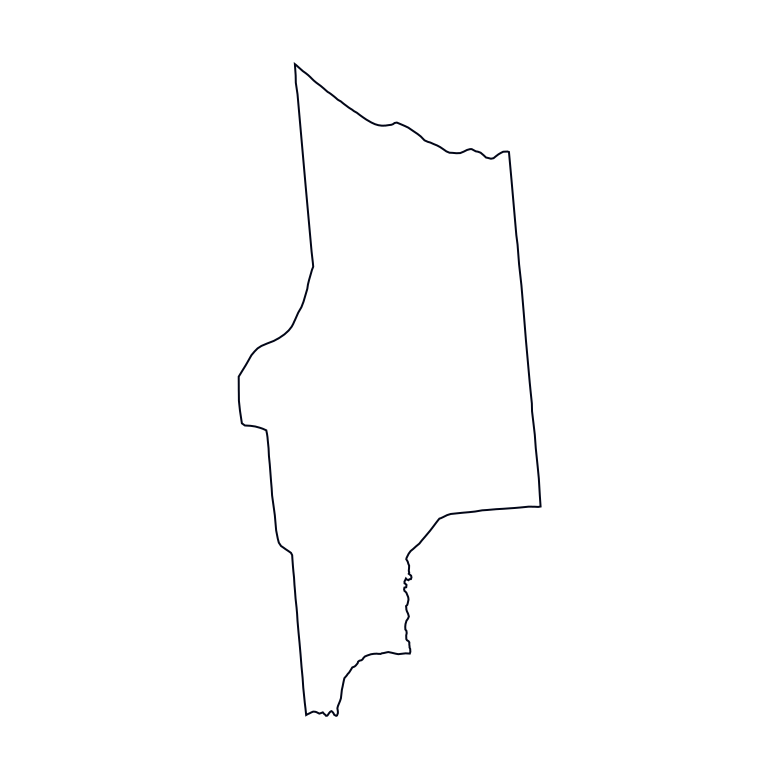 outline of Prasat Bakong, Siemréab, Cambodia, rotated 175°
{"feature_id": "14789045B83000183450022", "entity_name": "Prasat Bakong", "entity_type": "district", "adm_level": 2, "iso_a3": "KHM", "parent_name": "Cambodia", "parent_adm1": "Siemréab", "projection": "equal_earth", "projection_center": [104.001, 13.307], "detail": "fine", "context": "isolated", "style": "outline", "palette": "ink", "viewbox_px": 768, "rotation_deg": 175, "n_neighbors": 0, "source": "geoboundaries", "source_scale": "gbopen_adm2", "svg_char_len": 4310}
<svg xmlns="http://www.w3.org/2000/svg" viewBox="0 0 768 768"><g transform="rotate(175 384 384)"><path d="M381.8,113.2L381.1,114.9L381.0,117.8L381.5,119.2L381.4,120.6L381.5,122.1L381.3,124.4L382.0,125.7L383.4,126.7L384.0,127.9L383.8,131.6L383.1,133.9L383.2,136.2L384.1,137.5L384.0,140.3L383.5,143.0L382.2,146.3L381.0,147.6L380.1,149.0L379.5,150.3L380.1,153.2L381.0,155.6L381.4,157.6L381.3,158.8L381.4,160.8L380.1,161.9L379.6,163.1L378.8,165.7L378.4,166.9L378.4,168.8L378.6,170.0L379.1,171.5L379.9,174.1L380.8,175.3L381.6,176.0L381.9,177.7L381.4,179.4L379.6,179.6L379.1,181.9L380.1,183.1L380.9,183.6L380.8,185.5L380.1,186.5L379.1,188.3L378.4,187.3L376.7,186.4L375.7,187.3L374.2,187.3L373.5,188.9L373.7,190.7L375.0,192.0L375.9,192.8L375.3,194.1L375.6,195.6L375.1,198.4L374.8,200.9L375.4,202.7L375.9,205.1L377.1,207.5L376.7,208.7L375.5,210.7L374.2,212.8L372.0,215.3L369.2,217.2L366.2,219.5L362.7,221.9L360.0,224.8L356.6,228.1L353.6,231.1L350.9,233.8L346.7,238.4L344.2,241.2L341.6,244.0L340.5,245.1L339.3,245.3L337.1,246.1L332.5,247.9L328.8,248.7L322.9,248.8L317.0,248.9L310.5,248.9L304.4,249.0L297.2,249.6L292.2,249.5L282.9,249.5L276.4,249.3L269.8,249.2L264.6,249.1L257.8,249.1L250.6,249.2L244.6,248.6L241.1,248.1L238.7,248.3L238.5,258.8L238.1,272.5L238.0,276.3L238.1,287.6L238.4,306.9L238.2,320.3L238.5,330.9L238.9,344.0L238.4,351.7L238.6,363.7L238.7,373.1L238.8,414.8L238.6,442.1L238.5,470.2L239.0,491.4L238.8,511.3L239.2,520.7L239.2,575.2L239.3,604.2L240.7,604.8L245.0,605.0L247.5,604.0L250.0,602.8L253.0,600.9L255.2,599.4L257.8,599.1L261.2,600.3L262.6,600.7L264.8,603.2L267.6,606.0L270.1,607.2L272.3,607.8L276.1,610.3L277.7,610.5L280.9,609.9L284.4,608.5L286.7,607.8L287.9,607.4L291.8,607.6L295.6,608.3L298.6,608.7L301.6,610.3L304.2,612.5L307.4,615.1L310.3,617.0L313.6,618.7L316.8,620.5L319.2,621.4L322.4,623.2L325.8,627.4L328.8,630.2L331.9,632.7L334.7,635.0L337.5,637.3L340.9,639.3L344.6,641.3L346.7,642.4L348.4,643.3L350.7,643.1L352.3,642.1L354.0,641.6L356.5,641.5L360.0,641.3L363.5,641.5L367.0,642.3L370.3,643.6L373.8,645.6L376.5,647.5L378.5,648.9L381.8,651.6L384.7,654.1L387.4,656.6L390.2,658.5L391.8,660.0L394.2,661.8L395.3,662.7L397.4,664.6L399.0,666.0L400.6,667.5L401.8,668.7L402.6,669.5L403.5,670.0L405.4,671.4L407.0,673.1L408.7,674.8L411.6,677.5L413.4,679.0L414.7,679.9L416.7,682.0L418.3,683.7L419.5,684.9L421.1,686.5L422.7,687.9L425.2,690.1L427.5,692.4L429.3,694.5L430.7,696.2L432.6,698.3L434.9,700.5L437.6,702.8L440.6,706.0L443.6,709.2L444.9,710.4L445.1,699.1L445.6,691.8L444.9,680.2L444.8,587.3L444.6,522.2L444.3,510.9L444.3,507.0L445.8,504.0L447.2,500.3L449.6,494.1L451.1,489.7L452.1,485.5L454.5,479.4L457.0,473.0L459.6,467.7L463.2,462.6L467.1,455.5L468.0,454.0L469.2,451.8L471.0,449.1L474.3,445.6L478.9,442.1L484.4,439.0L490.1,436.5L497.0,434.5L502.8,432.6L506.8,430.5L510.1,427.7L513.6,424.2L516.8,419.5L520.0,414.9L524.1,409.4L528.1,404.0L528.8,395.3L529.2,390.6L529.4,387.6L530.0,379.9L529.8,369.9L529.0,357.2L526.2,354.8L520.7,354.0L516.0,352.9L511.4,351.2L508.7,350.0L505.3,348.1L504.9,344.5L504.7,341.3L504.7,338.1L504.6,330.0L504.9,322.3L504.8,313.9L504.9,305.2L505.0,296.3L505.0,290.0L505.2,282.8L504.8,274.9L504.5,269.1L504.2,262.7L504.2,256.0L504.2,247.6L503.3,239.2L502.6,235.1L500.7,231.6L498.6,229.9L496.4,228.0L493.9,226.0L491.4,223.9L490.4,221.5L490.5,217.6L490.6,210.6L490.6,205.1L490.5,199.1L490.7,191.7L490.7,185.8L490.8,178.1L490.6,168.9L490.6,162.5L490.8,155.5L490.8,144.1L490.7,133.3L490.7,121.8L490.8,109.4L490.7,98.3L490.9,88.4L490.8,82.0L490.7,73.5L490.5,67.5L490.4,61.0L488.7,61.8L486.9,62.4L485.0,63.2L483.1,63.8L481.2,63.5L479.9,63.0L477.2,61.3L475.7,61.6L473.6,62.2L472.6,60.8L471.3,59.5L470.6,58.5L469.4,58.6L468.6,59.4L467.5,60.8L466.2,62.1L465.0,62.7L464.1,62.1L463.0,60.4L462.4,58.8L460.6,57.6L459.7,57.9L458.6,60.2L458.5,62.1L458.7,65.1L457.9,67.3L456.7,69.6L455.4,72.1L454.3,74.7L453.4,79.1L452.6,83.1L451.6,86.2L450.8,89.0L449.8,92.3L449.1,94.4L446.6,96.8L445.4,98.3L443.9,99.6L441.9,102.2L440.3,104.4L438.0,105.1L436.8,105.9L434.6,108.1L434.0,109.6L432.6,110.5L430.5,110.8L429.3,111.6L428.4,112.8L426.8,114.2L424.3,115.0L422.6,115.4L420.6,115.9L417.5,116.1L414.9,116.0L413.3,115.7L410.9,115.4L409.7,115.9L407.7,116.0L404.9,116.4L403.1,116.6L399.7,115.6L395.8,114.3L393.3,113.6L385.9,113.8L381.8,113.2Z" fill="none" stroke="#020617" stroke-width="2"/></g></svg>